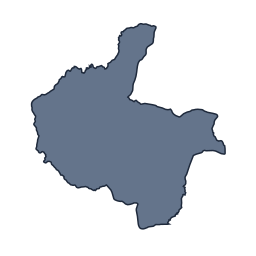 the district of Coper, Boyacá, Colombia, rotated 353°
{"feature_id": "7082276B34459820199268", "entity_name": "Coper", "entity_type": "district", "adm_level": 2, "iso_a3": "COL", "parent_name": "Colombia", "parent_adm1": "Boyacá", "projection": "albers", "projection_center": [-74.028, 5.448], "detail": "fine", "context": "isolated", "style": "filled", "palette": "slate", "viewbox_px": 256, "rotation_deg": 353, "n_neighbors": 0, "source": "geoboundaries", "source_scale": "gbopen_adm2", "svg_char_len": 5746}
<svg xmlns="http://www.w3.org/2000/svg" viewBox="0 0 256 256"><g transform="rotate(353 128 128)"><path d="M167.9,30.8L166.4,29.9L165.6,29.6L164.3,29.9L163.6,29.8L162.5,28.8L161.7,28.6L158.7,27.0L157.4,26.9L155.7,26.9L154.3,26.2L153.1,26.0L151.6,26.4L150.8,26.9L149.9,28.0L147.5,28.5L146.2,29.1L145.4,29.2L143.9,28.7L142.9,28.6L141.8,28.9L139.3,28.9L138.5,29.1L137.9,29.8L135.7,31.0L135.2,31.8L134.1,31.7L133.1,32.0L132.7,32.8L132.7,33.2L132.9,33.6L133.1,34.5L133.1,34.8L132.7,35.5L132.4,35.7L131.7,35.8L131.3,35.2L131.0,35.2L130.4,36.5L129.6,37.2L129.6,37.6L129.9,38.4L129.4,39.2L129.4,39.6L130.0,40.5L130.1,41.1L129.9,42.3L128.4,44.0L128.9,45.1L128.2,48.0L128.5,50.2L127.9,52.0L127.2,52.8L126.9,53.7L124.7,56.1L123.0,58.3L120.5,58.9L118.5,60.7L116.7,61.3L115.9,61.7L115.9,62.5L115.6,64.3L115.0,65.1L114.4,65.5L114.1,66.2L113.8,66.4L112.3,66.6L111.9,65.1L111.4,64.6L110.3,64.2L109.5,62.9L109.2,62.8L106.4,63.5L104.9,63.4L104.5,63.6L103.4,64.8L102.8,64.9L101.2,63.7L100.8,62.9L100.8,61.9L100.5,61.0L100.0,60.4L99.6,60.3L99.1,60.6L98.7,61.3L98.6,61.8L98.9,62.8L98.7,63.1L98.4,63.2L97.8,62.8L97.3,62.0L97.2,63.1L96.2,64.2L95.2,63.4L94.1,63.3L93.9,63.6L94.3,64.6L94.3,64.8L92.9,65.4L92.1,67.2L91.3,68.0L90.8,68.2L90.1,67.5L89.3,67.6L88.9,67.2L89.0,64.2L88.6,63.2L87.9,63.2L87.3,63.6L86.9,63.6L85.5,62.7L84.1,61.1L82.8,60.4L82.1,60.4L82.0,61.2L81.5,61.7L80.3,61.6L79.7,62.0L77.8,64.5L77.0,64.4L76.2,63.5L75.9,63.4L74.8,63.6L74.1,64.2L73.1,65.5L71.7,69.3L70.9,69.5L70.3,69.3L69.8,69.4L69.2,68.9L68.3,69.4L68.0,70.0L67.5,70.7L65.7,71.7L65.3,73.0L63.7,75.3L61.4,76.4L60.1,77.6L59.8,78.4L59.5,79.9L59.2,80.4L55.5,82.1L54.0,83.1L52.6,83.6L50.7,84.6L49.0,84.9L47.0,84.3L46.4,84.3L44.7,85.7L42.1,86.4L41.4,87.1L38.7,88.2L37.8,88.8L36.6,89.8L35.8,90.8L35.2,92.3L35.0,94.7L35.3,96.0L34.9,98.1L35.0,99.0L35.5,100.5L36.1,101.4L36.4,102.4L37.1,103.9L37.6,104.5L37.7,104.9L37.6,105.6L37.2,107.0L36.6,107.6L36.5,108.0L36.8,109.7L36.8,110.2L35.2,112.2L35.0,113.2L37.1,116.6L36.9,118.8L37.0,119.4L37.5,120.5L37.6,121.1L37.7,123.4L38.6,124.8L38.6,125.1L36.9,128.7L36.5,130.5L35.5,133.3L35.2,135.1L34.2,137.3L34.2,137.7L34.7,138.4L36.1,139.8L36.3,140.8L36.8,141.6L37.6,142.0L38.0,142.0L38.8,141.7L39.5,141.1L40.2,141.0L41.8,142.0L42.1,143.2L43.0,144.2L43.1,144.8L42.8,145.5L43.1,146.3L43.0,146.6L41.7,147.7L41.9,148.6L41.9,149.3L40.3,150.7L40.2,151.3L41.0,152.1L42.1,152.6L42.9,152.3L43.8,151.6L44.2,151.4L45.7,151.5L47.3,152.3L47.6,152.9L47.7,154.3L47.9,154.8L48.6,155.7L48.9,155.8L50.3,158.0L51.2,159.0L51.9,160.6L53.4,161.6L54.0,162.5L55.2,165.3L55.4,166.3L55.7,166.6L56.9,166.7L58.5,168.3L58.5,169.0L58.3,169.5L58.6,170.7L59.3,171.5L59.9,171.9L60.4,172.5L60.9,173.6L61.8,175.0L62.9,175.7L64.1,177.3L66.6,178.2L67.8,178.1L68.5,178.3L68.7,178.5L69.8,180.6L71.1,181.3L73.0,181.2L74.4,180.9L77.1,181.0L78.7,180.9L81.1,182.1L81.7,183.1L82.3,183.5L83.7,183.8L85.2,185.1L86.4,185.8L86.6,185.8L87.2,185.5L87.7,186.0L87.9,186.1L88.2,186.0L89.4,184.7L91.8,184.6L92.1,184.5L92.8,183.4L93.7,183.1L94.5,183.1L95.4,182.8L97.4,182.8L98.2,182.6L99.5,181.9L99.9,182.2L103.5,187.5L104.3,190.0L105.3,196.3L105.6,197.0L106.2,197.6L107.7,198.5L109.2,199.2L111.4,199.9L113.1,200.0L114.5,201.1L116.3,203.1L118.1,204.0L119.4,204.1L121.0,204.0L123.3,203.6L124.8,203.1L127.3,203.4L128.1,204.0L128.5,204.6L128.5,204.9L126.4,209.3L126.2,210.8L126.6,216.6L126.5,224.6L126.7,226.2L127.2,227.8L127.8,228.8L128.6,229.4L129.7,229.8L131.0,230.0L132.5,229.8L134.9,229.2L136.3,228.6L141.0,228.6L142.2,228.1L143.7,227.2L145.7,227.5L147.4,227.7L148.8,227.6L155.3,228.3L157.0,228.3L156.1,227.7L155.9,226.8L156.0,226.4L156.8,226.0L156.9,225.8L157.5,224.2L158.5,224.6L158.8,224.4L158.9,223.4L160.3,222.1L162.6,221.4L163.9,221.3L164.3,220.9L164.2,220.3L164.7,219.6L166.6,219.3L166.5,219.0L166.0,218.6L166.2,218.3L166.7,218.1L167.6,218.1L167.7,217.7L168.4,216.9L168.7,215.6L171.6,213.5L171.4,211.9L172.1,208.9L172.4,204.6L173.0,203.5L174.2,202.0L174.4,200.9L174.8,200.7L176.4,201.4L176.7,200.5L177.4,199.2L176.7,198.0L177.1,196.8L176.8,194.7L177.4,194.2L177.4,193.9L175.8,192.8L176.2,192.2L177.7,191.4L178.5,190.3L178.9,187.7L178.5,185.8L178.6,183.9L179.0,183.1L180.6,181.0L184.8,172.1L187.9,166.3L189.5,163.3L189.9,163.1L192.5,162.3L197.6,161.5L198.6,161.1L199.9,159.8L201.2,159.5L202.7,160.1L209.6,160.7L212.1,161.5L217.4,164.8L219.8,165.5L220.7,165.6L221.1,165.4L221.3,164.9L221.8,160.4L221.8,157.4L221.3,157.1L220.8,156.2L220.6,154.7L219.9,152.8L219.3,152.2L218.6,151.9L216.2,152.0L215.8,151.6L214.8,151.1L214.5,150.7L213.4,147.3L212.8,146.9L212.2,146.0L212.1,145.0L211.9,144.3L212.4,143.7L212.4,143.2L211.7,142.7L211.6,140.7L211.3,139.5L211.4,139.2L211.3,138.6L211.6,138.2L213.0,135.8L213.9,134.5L214.3,132.5L214.9,131.2L215.3,130.6L218.3,127.7L218.3,126.3L217.8,125.6L217.0,125.0L214.0,123.8L208.8,122.1L207.1,121.1L206.1,120.7L204.3,119.1L203.6,118.8L199.5,117.9L197.4,117.8L195.4,118.0L194.0,118.0L193.4,118.1L192.3,118.8L191.4,119.1L188.7,119.4L185.0,120.6L181.4,123.0L180.6,123.3L180.0,123.2L176.9,121.5L175.1,119.9L174.4,118.9L173.8,117.7L173.4,116.0L172.5,114.5L172.2,114.4L171.8,114.6L171.2,114.7L169.8,114.7L167.5,114.1L164.5,112.3L159.5,110.3L158.6,109.3L157.7,108.8L154.9,107.8L147.7,105.7L143.7,106.0L143.4,105.8L142.6,104.6L141.5,103.9L140.8,103.2L139.4,101.5L138.5,101.7L137.2,102.6L135.3,101.0L133.2,100.0L132.4,98.0L132.1,97.7L131.6,97.4L131.9,96.9L133.6,95.9L134.8,94.9L137.1,91.5L137.4,90.4L138.2,86.2L138.7,84.6L140.7,81.1L142.2,77.6L143.4,73.6L144.1,70.7L144.9,67.7L145.8,65.3L146.5,64.0L147.7,62.6L148.5,62.1L149.6,61.9L150.3,61.5L152.4,59.1L154.5,57.4L155.1,56.1L155.5,52.5L155.9,51.6L156.8,50.3L157.5,49.7L162.1,47.4L163.2,46.4L163.8,44.5L164.1,42.5L164.8,40.7L165.6,36.3L166.1,35.2L167.8,32.4L168.0,31.6L167.9,30.8Z" fill="#64748b" stroke="#1e293b" stroke-width="1.5"/></g></svg>